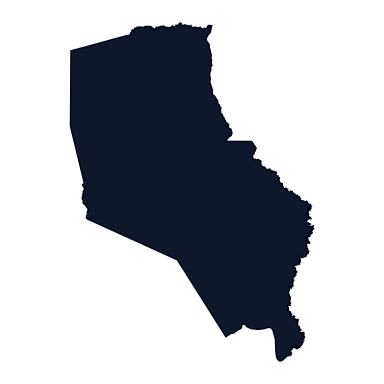 the district of Milán, Caquetá, Colombia
{"feature_id": "7082276B138661064638", "entity_name": "Milán", "entity_type": "district", "adm_level": 2, "iso_a3": "COL", "parent_name": "Colombia", "parent_adm1": "Caquetá", "projection": "robinson", "projection_center": [-75.283, 1.126], "detail": "fine", "context": "isolated", "style": "filled", "palette": "ink", "viewbox_px": 384, "rotation_deg": 0, "n_neighbors": 0, "source": "geoboundaries", "source_scale": "gbopen_adm2", "svg_char_len": 5987}
<svg xmlns="http://www.w3.org/2000/svg" viewBox="0 0 384 384"><path d="M71.0,50.9L70.5,126.1L84.3,182.9L82.6,185.1L84.5,188.3L84.3,190.3L83.3,191.2L83.6,193.7L82.7,194.1L83.2,196.6L82.5,197.0L82.2,198.6L83.3,200.1L83.2,203.1L86.0,205.6L86.6,207.1L88.1,208.6L87.9,209.3L88.6,210.3L88.6,210.9L88.3,210.6L88.2,211.1L87.9,210.9L87.2,212.3L87.8,214.7L86.7,215.5L86.4,217.9L87.7,219.1L177.4,259.8L225.9,336.7L230.6,333.5L233.9,332.9L235.9,331.0L236.4,331.1L236.9,330.2L240.3,328.8L241.3,327.7L241.8,324.9L243.2,323.9L243.9,324.3L244.8,323.8L247.1,326.7L251.2,328.6L258.5,329.3L264.1,328.6L268.2,327.3L270.7,327.6L272.0,328.6L273.1,330.5L275.5,339.5L275.9,351.6L276.6,357.0L277.8,359.5L279.8,361.0L282.1,360.4L287.0,356.0L288.8,355.7L289.1,354.2L290.7,355.3L291.5,353.1L289.8,352.5L289.5,351.8L290.7,351.8L290.4,349.2L291.1,348.7L291.2,349.6L291.6,349.6L293.0,347.0L295.2,347.8L295.9,346.7L297.7,346.1L297.8,346.7L296.5,348.1L296.9,348.7L299.5,347.2L301.4,345.1L303.1,341.8L303.0,341.5L301.9,341.4L301.8,340.8L302.3,338.7L303.6,339.7L303.5,338.5L304.5,337.4L304.2,336.5L303.1,336.2L303.7,335.6L304.0,333.0L303.4,332.7L303.4,334.1L302.7,334.6L302.2,332.6L301.0,333.4L299.1,331.1L299.2,330.4L300.5,330.3L300.9,329.7L299.7,329.0L299.2,326.6L297.7,326.5L297.6,322.4L298.1,319.6L297.2,319.4L296.9,320.9L295.0,318.8L293.6,319.6L293.6,317.8L294.6,316.8L293.9,315.9L291.2,317.9L291.1,316.4L291.6,314.3L291.3,314.1L290.9,314.7L289.9,313.6L289.8,313.1L290.5,312.5L290.5,312.0L288.9,311.7L288.7,310.9L288.1,311.2L287.7,310.8L287.5,309.8L288.4,309.5L288.3,307.7L287.0,305.8L287.3,305.4L288.1,305.5L288.6,304.3L289.5,305.1L290.0,305.2L289.5,304.0L290.5,303.1L289.7,302.3L290.3,297.6L289.5,296.2L288.4,292.3L289.7,288.9L289.9,285.8L290.2,285.8L290.6,287.3L291.2,287.8L291.3,286.7L292.1,286.7L293.0,285.7L292.5,284.3L292.8,282.3L292.3,281.5L293.6,280.8L293.5,280.0L292.8,279.1L293.0,278.0L295.8,275.0L295.8,273.8L294.8,273.2L296.8,271.9L296.5,271.4L295.5,271.3L295.4,268.5L295.1,267.8L294.2,267.6L293.7,265.9L299.5,263.9L299.0,263.2L299.9,262.0L299.2,261.2L299.4,260.7L300.2,261.1L299.9,260.0L300.2,259.0L299.0,257.9L299.2,256.1L301.9,257.6L305.9,256.3L305.8,255.3L306.8,254.7L306.4,253.6L308.1,253.2L308.2,252.8L307.5,252.5L308.7,251.4L307.9,250.5L307.4,248.5L306.6,247.5L306.7,245.1L305.8,243.9L308.3,242.3L308.9,243.4L309.6,243.2L309.3,241.9L307.3,240.6L307.3,240.3L308.0,239.9L307.3,238.2L306.6,238.0L305.6,239.0L305.2,238.4L306.6,237.0L309.2,236.5L309.0,235.9L309.7,235.9L309.9,234.7L312.1,232.9L312.1,232.6L311.0,232.7L311.0,231.0L312.0,230.7L312.3,229.6L313.5,228.7L311.8,227.6L312.8,227.1L313.2,226.0L310.3,226.6L308.6,226.0L308.9,224.9L310.2,224.1L308.6,223.1L308.3,223.3L308.8,224.1L308.0,224.6L307.7,224.3L307.7,223.3L306.6,224.1L306.8,223.1L306.1,221.4L306.6,221.0L306.9,220.0L307.5,219.3L308.4,219.1L309.1,218.2L310.6,218.8L311.0,218.5L310.3,217.5L309.0,216.9L307.4,215.4L307.5,214.9L308.2,215.4L308.7,214.3L308.3,213.8L307.5,213.2L307.2,214.3L306.3,213.8L307.1,212.7L308.1,212.5L308.6,209.4L310.0,210.1L309.9,209.0L310.8,208.5L310.5,207.5L311.3,206.2L310.5,206.1L310.5,204.8L310.1,204.4L308.6,204.4L306.8,201.4L306.0,202.3L303.0,200.8L302.7,201.7L301.9,201.5L301.4,200.7L299.8,199.8L299.7,199.3L300.4,198.7L299.9,198.3L299.4,196.9L298.4,197.0L297.5,195.4L297.1,195.9L295.7,195.3L295.3,195.7L295.3,195.1L294.4,193.8L292.6,193.0L292.3,191.6L290.4,191.1L289.9,192.0L288.9,192.2L287.5,190.6L287.2,189.9L287.4,189.4L286.9,189.5L287.1,189.0L286.2,189.8L286.2,188.4L285.6,188.3L284.1,189.3L283.4,188.4L283.0,186.6L282.4,186.2L282.2,183.7L280.2,183.0L279.6,182.2L278.7,182.5L278.3,181.2L279.1,180.7L278.7,178.5L279.1,178.8L279.3,177.9L278.7,178.0L277.9,175.9L277.0,175.9L275.8,174.6L275.8,173.3L276.4,172.9L276.2,172.4L275.3,171.8L274.4,172.3L274.2,171.7L273.9,172.0L273.3,171.5L272.3,172.0L272.3,171.5L271.7,171.6L271.7,170.5L270.7,170.4L270.3,170.8L269.9,169.6L269.7,170.0L268.8,170.1L268.7,169.6L268.4,170.0L267.5,169.8L267.4,170.4L267.0,169.8L266.9,170.2L265.9,169.8L265.4,169.0L265.3,167.9L264.6,167.1L263.2,167.1L262.3,166.3L261.8,166.5L261.4,165.8L261.1,165.9L261.1,165.3L260.6,164.8L261.0,164.1L260.6,163.2L261.0,161.6L260.4,160.8L259.5,160.7L259.2,160.1L257.8,159.5L256.1,160.2L255.3,159.2L254.4,159.5L253.2,159.1L252.6,157.5L252.4,154.9L254.0,153.7L254.1,152.2L254.8,151.3L256.0,148.3L255.9,147.6L255.1,147.4L254.7,145.8L253.6,145.3L253.4,143.9L251.9,141.8L251.4,141.5L225.7,141.4L225.9,140.5L228.8,137.0L230.9,135.6L231.4,134.8L231.9,133.3L231.1,129.6L230.7,129.0L228.3,127.9L228.2,126.9L228.6,124.7L225.3,121.5L225.2,120.4L224.4,119.5L223.9,117.8L222.6,116.4L222.3,114.6L220.8,113.9L220.3,109.8L220.8,108.6L220.7,107.5L219.6,106.8L219.3,104.9L217.9,103.9L217.6,101.0L214.6,96.2L212.6,94.7L212.1,92.2L212.4,90.7L212.2,89.4L209.8,82.3L210.2,78.7L209.5,74.1L210.9,69.2L210.5,67.0L211.9,65.2L211.2,63.2L211.5,60.0L210.8,58.6L211.2,54.4L210.4,52.7L210.0,49.9L209.3,48.2L209.1,44.5L206.9,41.5L206.0,38.7L208.0,34.9L210.2,32.4L211.7,25.8L209.0,25.4L207.5,26.4L206.7,29.1L204.3,28.2L203.0,30.2L203.0,29.6L201.5,28.2L200.6,28.6L199.9,28.1L200.0,27.3L198.2,28.2L196.5,27.3L195.4,28.4L194.6,28.0L195.0,27.4L194.3,27.2L192.2,27.9L192.0,27.5L191.3,27.4L190.9,25.7L189.6,26.9L189.7,26.1L188.4,25.6L187.4,26.0L185.9,25.2L185.4,26.1L184.8,25.0L183.0,25.6L181.7,25.3L181.4,23.6L180.7,23.0L179.6,23.4L178.1,25.0L177.6,26.4L176.3,25.4L176.0,26.5L175.5,26.0L175.0,27.3L173.6,26.9L172.6,25.8L172.2,26.5L171.0,27.0L171.0,27.9L169.2,27.5L168.1,28.0L167.4,27.4L165.2,27.6L164.6,26.6L163.0,26.1L162.8,26.9L160.7,26.4L159.8,27.2L159.0,26.9L158.5,27.7L156.5,27.3L156.0,27.9L156.8,28.1L156.7,28.7L156.0,29.5L154.6,29.2L153.9,30.9L153.2,30.4L153.8,29.8L153.7,29.0L152.7,28.1L150.9,28.7L151.6,27.3L150.5,26.5L149.9,27.2L148.4,26.2L147.0,27.3L146.3,26.6L145.7,27.2L145.4,26.5L143.0,27.5L139.7,27.0L138.7,28.4L138.1,28.2L138.1,27.3L137.3,27.1L136.0,28.5L134.8,28.2L134.6,29.7L132.2,30.1L131.5,32.4L130.5,33.1L130.8,35.0L129.3,35.1L128.2,36.2L127.3,35.5L71.0,50.9Z" fill="#0f172a" stroke="#020617" stroke-width="1.5"/></svg>